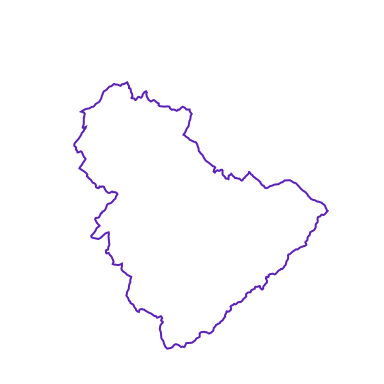 outline of Sanchez Carrion, La Libertad, Peru, rotated 61°
{"feature_id": "86281439B60476418673944", "entity_name": "Sanchez Carrion", "entity_type": "district", "adm_level": 2, "iso_a3": "PER", "parent_name": "Peru", "parent_adm1": "La Libertad", "projection": "orthographic", "projection_center": [-77.93, -7.745], "detail": "fine", "context": "isolated", "style": "outline", "palette": "violet", "viewbox_px": 384, "rotation_deg": 61, "n_neighbors": 0, "source": "geoboundaries", "source_scale": "gbopen_adm2", "svg_char_len": 6047}
<svg xmlns="http://www.w3.org/2000/svg" viewBox="0 0 384 384"><g transform="rotate(61 192 192)"><path d="M274.3,82.6L273.7,83.1L272.6,82.7L270.5,82.7L268.8,82.3L266.6,82.8L265.6,83.5L264.2,83.8L261.7,86.1L261.1,87.1L258.7,88.6L257.3,90.2L255.9,91.2L251.2,92.4L250.1,92.1L246.8,93.0L244.8,94.2L242.5,95.0L234.9,96.8L234.0,97.3L233.4,98.3L230.3,99.9L229.1,100.8L226.8,105.4L227.3,108.4L226.9,109.3L227.1,112.6L225.5,116.3L225.3,119.0L224.7,120.8L225.0,123.8L224.6,125.3L223.6,126.2L221.3,126.2L220.3,127.2L219.1,127.5L217.5,127.7L216.5,127.4L212.7,128.7L211.9,129.4L209.6,130.1L208.6,130.8L207.4,131.1L206.4,131.0L205.4,131.7L202.4,132.1L202.2,132.5L203.1,133.3L203.7,134.6L204.3,137.5L205.2,139.2L205.1,140.2L206.3,142.3L206.2,142.9L205.5,143.4L203.4,144.0L202.8,145.0L201.0,146.8L200.7,147.6L199.1,147.8L198.3,148.3L195.1,148.9L195.6,150.3L195.5,152.0L198.5,153.8L198.5,154.0L197.4,154.3L196.7,155.9L195.7,156.1L194.9,155.8L191.9,156.8L190.1,156.1L188.0,154.8L187.1,154.9L186.5,156.3L186.9,157.4L186.8,158.0L185.2,159.4L185.5,161.4L186.1,162.4L186.0,162.8L184.4,163.1L182.9,161.6L181.8,159.8L181.5,159.8L180.5,160.2L179.6,161.2L174.9,163.0L171.4,164.7L169.1,165.0L164.7,164.9L162.2,165.8L161.6,165.6L159.6,166.2L156.6,165.0L154.8,164.9L153.0,164.4L150.7,164.5L150.1,164.7L148.9,166.0L145.1,168.7L143.0,169.1L140.6,170.5L139.1,170.8L137.8,171.7L136.1,168.4L134.0,165.8L132.9,163.2L128.5,159.7L127.9,158.6L126.2,157.2L125.0,156.5L123.6,154.4L120.5,154.9L118.7,154.1L117.2,156.9L114.8,157.4L112.9,158.9L113.0,160.4L113.9,163.2L113.2,164.2L113.7,165.0L113.5,166.2L112.3,166.8L111.0,168.0L110.2,169.9L108.0,170.7L106.8,170.4L106.2,170.6L105.3,171.8L103.8,175.1L101.1,178.8L99.7,179.1L98.8,178.2L98.3,178.2L96.9,179.3L93.4,180.5L92.9,181.2L92.9,184.1L90.3,185.3L86.7,185.2L84.3,184.5L83.4,183.8L83.0,183.2L81.6,183.4L81.6,185.3L82.9,188.0L84.2,189.1L84.9,190.6L84.7,191.1L83.1,192.2L82.8,192.8L82.9,193.5L84.2,196.2L84.1,197.0L82.1,197.3L80.6,199.4L80.2,199.3L79.5,197.7L76.9,196.8L75.2,196.9L71.7,195.7L70.5,196.7L68.9,195.7L66.6,195.9L65.9,195.5L64.6,195.5L64.6,199.1L63.9,200.7L64.1,201.9L64.6,203.1L62.0,205.0L60.9,207.0L59.8,207.5L59.7,208.2L60.4,211.1L59.8,213.3L61.2,217.3L61.2,219.9L61.4,220.7L64.3,224.2L66.1,226.0L67.8,228.6L68.2,229.7L68.3,233.6L69.1,235.0L69.6,237.0L69.0,238.1L69.1,241.4L68.0,244.3L67.8,245.5L68.0,250.0L70.3,247.9L71.8,247.9L72.9,249.1L73.6,249.4L74.6,250.6L80.1,253.7L82.5,256.3L82.9,256.3L83.6,255.5L83.6,253.2L84.8,254.4L85.3,256.4L86.2,257.2L87.1,260.0L88.1,261.0L90.3,264.9L92.4,270.7L93.1,271.7L93.9,272.2L94.6,272.5L95.4,272.3L96.8,271.7L98.6,273.0L99.8,272.4L101.8,273.0L102.2,272.4L102.5,269.5L102.9,269.3L103.7,269.0L108.9,269.5L111.0,268.9L111.9,269.5L113.9,273.8L114.7,274.7L116.0,278.0L116.8,279.0L122.6,275.9L125.0,275.1L126.1,275.1L126.9,276.1L127.5,276.3L128.6,275.7L130.0,275.6L132.1,274.6L135.5,274.4L137.0,273.2L138.3,272.7L139.7,272.8L141.0,273.6L141.8,273.4L143.1,272.3L143.2,271.1L142.3,270.2L143.5,269.1L143.5,267.9L143.9,267.3L145.1,266.5L146.9,266.8L149.8,266.7L152.0,265.7L152.9,264.5L152.8,262.1L153.1,261.4L154.0,261.1L154.3,260.1L156.0,258.4L157.8,258.3L159.2,260.8L160.6,262.1L161.1,264.4L161.9,266.1L162.3,268.3L161.8,271.4L162.2,272.9L163.2,273.7L165.4,276.4L166.0,278.7L165.7,279.8L166.7,281.1L166.5,282.3L167.4,283.0L169.0,285.6L169.0,286.6L168.0,288.8L168.7,289.8L169.4,290.0L173.2,290.1L176.7,289.2L177.0,289.8L177.4,293.0L178.7,294.6L180.0,297.0L181.5,301.3L182.3,301.7L182.8,301.7L183.7,301.3L187.7,296.7L187.8,294.2L186.3,288.3L186.4,286.2L186.9,284.4L188.4,285.0L190.1,286.4L198.3,290.0L199.4,291.7L201.6,293.3L201.2,295.1L201.8,295.8L203.4,296.6L204.3,296.4L205.0,294.4L207.4,294.4L209.3,293.7L214.9,294.3L216.5,296.3L217.4,295.7L220.2,291.8L220.6,290.4L220.7,288.0L223.2,289.4L224.8,290.9L225.9,291.2L227.8,290.9L230.5,289.5L232.9,288.9L236.8,286.3L239.2,288.8L241.3,289.8L242.2,291.4L243.6,292.6L246.0,294.2L248.1,297.4L249.5,298.3L250.7,299.6L253.9,299.3L256.6,299.8L257.2,299.3L258.4,299.2L259.4,299.7L262.0,297.9L265.3,298.2L266.8,297.8L268.4,298.1L270.2,297.6L271.1,296.6L269.6,295.1L269.5,294.1L270.2,292.4L270.9,292.0L271.7,290.8L272.7,290.5L276.4,288.4L278.6,286.6L281.5,285.4L282.2,284.9L283.2,283.7L284.9,283.5L285.2,282.7L285.5,279.5L287.7,279.1L288.0,279.2L288.4,280.3L289.4,281.3L290.6,280.9L291.1,280.5L291.6,280.5L292.1,281.1L292.6,282.8L293.4,284.4L296.4,286.7L299.7,287.3L305.1,289.7L308.5,289.3L311.1,290.0L314.3,290.3L316.9,289.7L318.0,286.7L318.2,285.2L318.1,283.9L317.3,282.4L317.1,280.3L317.8,279.3L319.4,277.9L322.4,276.6L322.7,275.1L323.8,274.1L323.6,273.2L321.4,270.3L323.8,265.1L323.4,261.4L322.2,259.1L322.5,256.0L322.3,255.4L319.3,253.8L319.0,252.0L320.1,249.3L321.2,248.2L321.5,247.4L324.0,245.9L324.3,243.9L323.7,240.8L321.4,238.7L320.8,236.8L320.0,235.5L320.0,231.0L319.3,230.0L319.3,228.8L318.8,226.7L318.1,225.9L317.1,223.4L315.8,222.9L314.4,220.7L313.2,219.7L313.2,219.4L313.8,219.1L314.5,217.9L313.9,215.1L313.0,214.3L310.9,213.9L310.5,212.9L310.7,210.9L310.3,209.3L311.3,208.6L311.4,207.8L310.8,204.8L311.2,203.8L311.6,203.5L311.8,202.3L311.4,200.5L310.6,199.3L309.7,195.2L307.6,194.3L307.4,193.9L307.0,191.7L308.1,189.4L306.6,187.8L307.0,184.0L306.0,183.2L305.6,182.5L306.5,181.1L307.0,178.4L307.7,178.3L308.3,178.8L309.8,178.6L311.2,178.1L311.4,177.5L310.9,176.5L310.0,176.1L309.0,174.9L308.5,173.2L307.8,172.0L307.7,170.8L307.1,170.1L305.8,169.4L303.4,169.3L302.2,168.1L302.5,167.6L303.2,167.4L303.4,166.3L303.1,165.8L301.8,165.2L301.6,163.9L302.6,160.9L304.1,159.7L304.3,158.9L302.7,154.5L302.8,152.6L302.4,151.4L303.1,150.6L302.6,148.6L301.6,147.1L301.2,145.4L298.4,142.9L297.4,140.8L296.1,139.7L293.9,138.7L293.4,137.9L293.8,136.6L293.0,133.3L292.6,129.6L292.6,128.9L293.4,127.5L292.9,124.1L293.5,120.7L293.9,119.6L293.7,117.7L292.7,117.3L291.2,117.4L290.7,117.0L290.1,114.5L287.9,113.0L287.2,112.0L286.6,109.8L284.5,108.1L284.5,103.5L283.1,101.2L280.1,99.3L279.3,96.8L278.2,96.0L276.1,95.1L275.3,94.4L275.0,93.6L275.5,92.0L274.7,90.0L274.8,89.3L275.8,88.4L275.9,86.8L274.3,82.6Z" fill="none" stroke="#5b21b6" stroke-width="2"/></g></svg>